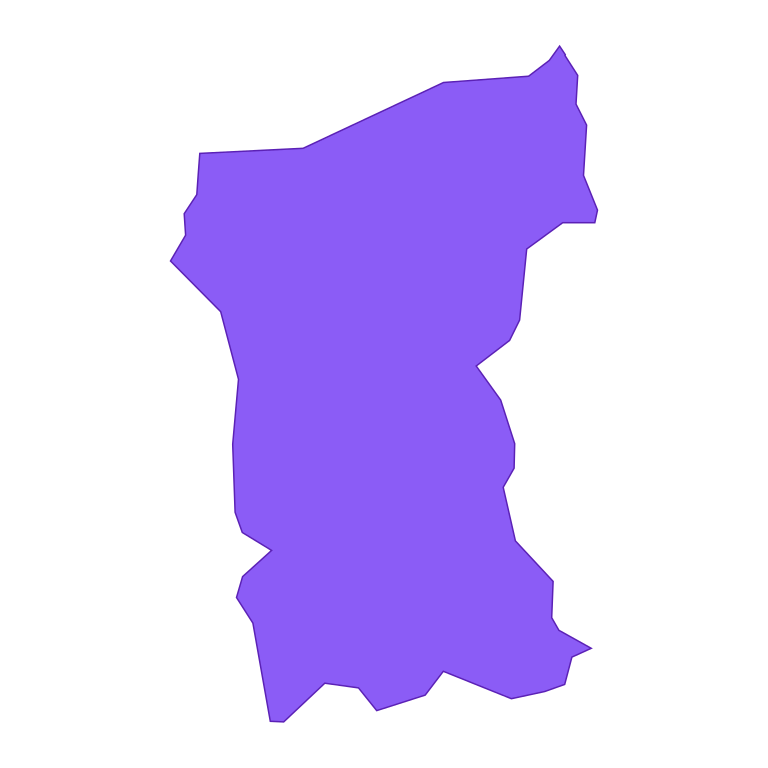 Coleraine, Mercator projection
{"feature_id": "GBR-2100", "entity_name": "Coleraine", "entity_type": "District", "adm_level": 1, "iso_a3": "GBR", "parent_name": "United Kingdom", "parent_adm1": "", "projection": "mercator", "projection_center": [-6.661, 55.068], "detail": "fine", "context": "isolated", "style": "filled", "palette": "violet", "viewbox_px": 768, "rotation_deg": 0, "n_neighbors": 0, "source": "natural_earth", "source_scale": "10m", "svg_char_len": 773}
<svg xmlns="http://www.w3.org/2000/svg" viewBox="0 0 768 768"><path d="M199.8,153.4L303.1,148.3L443.5,82.5L528.6,76.2L549.3,60.4L559.6,46.1L565.3,54.7L565.0,55.6L577.7,75.4L576.0,104.1L586.6,125.1L583.5,175.4L597.5,210.1L594.8,222.7L562.7,222.7L526.7,249.0L519.6,320.1L509.6,340.4L476.2,366.0L500.7,400.1L514.7,443.7L514.1,468.2L503.2,487.3L515.4,540.9L553.1,581.4L551.7,617.7L558.9,630.3L591.2,648.3L571.9,657.1L564.7,684.4L544.8,691.5L511.4,698.7L443.3,671.3L425.2,695.1L376.7,710.6L358.5,687.9L324.8,683.2L283.7,721.9L270.3,721.3L252.9,623.1L236.5,597.5L242.6,576.6L271.6,550.4L242.3,532.5L235.1,512.3L232.7,444.3L238.5,379.3L220.7,311.7L170.5,261.0L185.6,235.2L184.2,213.7L196.8,194.6L198.3,173.3L199.8,153.4Z" fill="#8b5cf6" stroke="#5b21b6" stroke-width="1.5"/></svg>